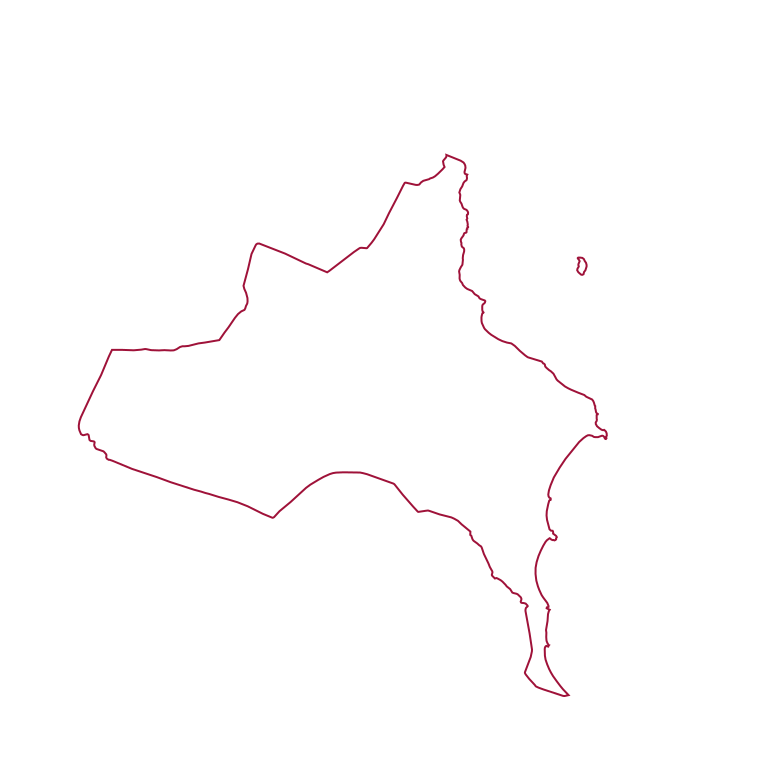 Tuy Phong, Bình Thuận, Vietnam (Mercator projection), rotated 289°
{"feature_id": "81297802B73162737965460", "entity_name": "Tuy Phong", "entity_type": "district", "adm_level": 2, "iso_a3": "VNM", "parent_name": "Vietnam", "parent_adm1": "Bình Thuận", "projection": "mercator", "projection_center": [108.691, 11.341], "detail": "fine", "context": "isolated", "style": "outline", "palette": "rose", "viewbox_px": 768, "rotation_deg": 289, "n_neighbors": 0, "source": "geoboundaries", "source_scale": "gbopen_adm2", "svg_char_len": 6167}
<svg xmlns="http://www.w3.org/2000/svg" viewBox="0 0 768 768"><g transform="rotate(289 384 384)"><path d="M149.9,659.8L153.6,652.7L155.8,649.1L159.1,644.2L162.8,639.0L165.5,635.8L168.3,632.9L172.0,629.6L176.0,626.5L179.5,624.6L185.6,622.3L186.9,622.0L188.2,622.1L189.1,622.6L189.3,622.9L189.1,623.6L189.2,624.8L190.2,624.8L190.7,625.0L190.7,624.7L192.1,623.0L193.8,621.5L194.9,620.9L197.5,619.8L201.7,618.5L204.1,617.3L213.1,615.8L219.8,614.0L222.9,613.8L224.5,614.2L224.9,610.8L225.8,610.7L226.8,612.1L227.7,611.8L230.1,609.7L234.0,604.0L235.8,601.7L239.9,597.8L242.8,595.4L247.6,592.1L249.4,591.2L253.8,589.1L259.5,587.2L265.3,586.3L271.7,586.1L277.4,586.5L282.8,587.2L287.2,588.1L289.3,588.9L292.1,590.8L292.1,591.1L291.4,592.8L291.3,594.2L291.7,595.1L291.6,596.0L292.2,596.8L293.1,597.3L294.1,596.9L295.2,597.3L295.9,596.9L296.5,596.0L297.6,592.6L298.9,592.2L299.6,591.8L300.1,591.2L299.7,589.6L300.5,587.8L308.6,582.4L312.6,580.5L316.8,579.3L323.8,578.4L327.4,578.2L328.3,578.6L328.5,579.2L329.3,579.2L330.1,578.8L330.4,577.3L331.3,576.2L333.0,575.3L337.1,574.6L342.6,574.5L350.9,575.0L362.1,577.3L372.3,580.0L392.7,587.4L397.8,590.2L400.7,592.3L401.9,593.5L402.5,594.9L402.8,597.6L402.3,599.7L402.4,600.5L403.4,603.6L405.9,606.7L406.2,607.3L406.2,608.2L405.8,609.2L404.4,610.6L404.1,611.3L404.2,611.7L405.1,612.0L406.5,611.1L407.6,611.5L409.8,610.6L411.3,609.3L412.2,607.4L412.3,607.0L411.8,606.5L411.6,605.8L411.6,604.5L412.4,601.8L413.4,599.2L415.1,597.3L416.6,596.7L418.3,597.1L419.6,596.9L420.4,596.4L423.8,595.2L424.4,595.2L424.9,596.0L425.3,595.9L425.4,594.9L426.5,593.6L428.9,592.3L429.5,591.7L431.9,590.9L432.1,590.4L434.8,588.5L436.1,587.3L437.1,585.8L437.8,579.4L438.8,577.0L439.0,570.6L439.5,563.0L439.9,559.6L440.6,555.9L443.7,547.2L444.5,545.7L448.9,540.9L450.4,537.5L450.8,535.8L452.1,532.5L453.0,530.8L454.8,529.7L455.3,528.7L455.3,527.8L456.6,525.9L456.1,511.5L456.3,510.5L457.1,507.9L459.5,501.8L462.6,495.3L463.7,491.6L463.8,491.0L463.2,486.8L463.1,481.9L463.6,477.4L465.4,469.5L466.5,466.3L468.7,461.6L469.7,460.3L473.5,456.7L475.3,455.7L478.6,454.5L480.2,454.2L482.8,454.0L483.1,454.1L483.5,454.7L484.1,454.8L484.7,453.7L486.0,452.8L489.1,451.7L490.5,451.4L491.6,451.7L493.0,452.6L493.9,452.9L495.3,452.8L495.8,452.1L495.8,448.1L496.1,446.5L497.6,444.7L498.5,440.5L500.6,437.1L501.0,431.7L501.7,429.4L503.3,426.4L504.9,425.0L506.2,422.8L507.1,421.9L508.4,421.1L511.9,420.0L514.8,418.4L516.2,418.2L519.5,418.6L522.3,419.3L527.1,418.2L528.6,417.5L531.6,416.8L535.4,416.6L536.5,416.3L537.5,415.9L538.3,415.3L539.1,413.2L539.5,412.7L541.1,411.7L542.6,411.3L543.5,410.5L545.3,409.6L546.8,409.7L550.3,410.8L551.7,410.7L552.8,410.9L553.9,412.4L554.3,412.6L557.3,411.8L557.8,411.9L557.9,412.2L558.6,411.9L559.3,411.9L559.6,412.5L559.8,412.5L561.0,411.4L562.1,411.3L564.7,409.9L566.2,408.6L567.5,408.9L569.5,407.7L570.7,407.4L571.1,407.4L571.6,408.0L572.1,408.1L573.7,407.6L574.7,406.6L575.5,405.3L575.7,402.6L576.2,401.6L577.1,400.6L579.8,398.5L581.1,396.8L582.2,395.9L587.2,394.7L587.9,394.4L589.6,392.9L593.1,392.8L596.3,393.6L599.9,393.7L601.8,394.3L603.5,395.6L605.0,395.6L605.8,395.4L607.8,394.4L609.1,394.6L609.1,392.3L609.4,391.8L610.6,391.1L614.9,390.7L617.0,389.7L618.2,388.6L619.3,387.1L620.1,383.8L620.9,368.4L620.1,368.8L618.6,368.9L614.6,367.4L613.8,367.3L610.7,369.0L608.9,370.6L606.2,369.5L600.4,366.6L597.0,364.6L595.1,363.0L593.3,360.6L592.4,360.0L588.9,355.0L586.7,353.4L584.3,352.5L583.9,352.2L583.1,350.8L582.6,349.2L581.5,339.2L581.2,338.4L580.8,338.1L577.8,337.5L564.3,335.7L547.1,333.1L535.0,331.7L517.7,327.6L513.6,326.3L507.1,323.8L506.7,323.3L505.5,318.5L504.9,317.1L504.0,316.3L499.0,312.6L473.2,295.5L471.1,293.9L472.6,273.4L472.5,271.0L475.1,248.0L476.2,220.3L475.5,218.6L474.5,217.8L473.5,217.5L463.8,216.4L448.4,218.0L431.1,219.2L428.4,221.0L425.3,223.9L420.8,226.9L417.7,228.1L415.6,228.5L412.9,228.1L410.2,228.2L408.6,227.9L406.2,225.4L402.6,223.2L397.9,221.5L386.9,218.5L380.8,216.5L371.9,214.0L364.8,201.0L362.0,195.4L356.4,186.8L354.8,183.3L354.1,181.2L352.6,179.1L349.4,176.6L347.4,174.3L346.3,171.5L344.5,165.3L342.5,160.3L340.2,152.8L339.6,148.0L339.3,146.7L337.4,143.2L334.4,136.4L331.2,125.9L327.7,115.7L320.6,114.9L300.4,113.6L282.5,111.2L253.9,108.2L249.5,108.2L245.4,108.9L243.1,109.8L241.0,111.1L237.9,113.9L237.6,115.7L237.8,116.6L240.0,119.9L239.8,121.0L239.3,121.5L235.3,123.7L235.0,124.2L234.7,125.2L235.2,128.0L235.2,128.7L234.9,129.2L234.6,129.4L232.1,129.8L231.1,130.4L229.3,132.4L229.0,133.5L229.0,140.7L228.4,142.0L227.0,144.3L226.1,144.8L224.2,145.2L223.2,146.2L222.7,148.3L223.0,149.3L223.0,152.2L221.7,173.4L222.0,199.6L221.7,214.1L222.2,238.9L222.7,246.0L222.8,250.6L223.1,254.3L223.4,264.4L224.1,274.4L224.5,283.9L224.0,294.9L221.8,311.8L221.2,322.0L221.4,322.5L222.3,323.4L229.7,326.6L242.0,334.1L260.4,344.1L264.8,347.1L272.0,353.1L276.5,357.1L281.2,362.1L283.1,364.7L284.6,367.5L287.3,374.4L292.5,390.2L292.9,393.4L293.2,397.4L292.9,425.4L292.6,426.5L285.4,437.8L277.6,451.4L274.3,457.5L274.3,458.2L277.9,465.1L278.7,466.8L278.8,468.4L278.8,479.0L279.8,491.1L279.5,494.2L278.7,498.5L276.6,503.0L272.6,513.7L269.4,514.7L268.9,516.0L266.4,517.9L265.6,518.7L264.9,519.8L263.6,524.1L262.6,526.4L262.0,528.7L261.1,529.7L255.8,533.8L248.3,541.2L245.5,543.6L242.1,547.4L241.1,547.9L238.6,548.1L238.0,548.6L236.2,552.2L237.1,553.4L237.1,554.5L236.5,558.1L235.7,560.4L233.6,564.5L232.6,565.9L231.1,570.1L228.6,573.2L228.5,574.4L228.8,577.6L228.7,578.8L226.9,582.7L225.9,583.7L224.8,584.1L222.7,584.1L222.0,584.7L221.9,585.5L222.4,587.6L222.5,589.4L221.2,591.9L220.6,592.2L218.7,591.2L218.1,591.1L216.5,591.3L215.4,591.7L195.5,602.9L181.1,610.4L179.3,610.9L173.6,611.6L157.4,611.1L156.7,611.3L155.6,612.4L152.5,617.2L148.4,624.8L147.9,625.4L147.5,626.2L147.2,629.0L147.1,634.3L147.4,654.9L147.8,656.4L149.9,659.8ZM567.4,528.4L566.8,526.6L566.5,526.3L566.1,526.2L565.8,526.4L564.5,528.4L563.8,529.0L560.6,528.8L559.6,529.1L558.9,529.7L558.4,529.9L556.1,529.4L554.5,529.6L553.0,531.3L552.5,532.5L551.6,534.7L551.7,535.8L552.7,536.9L555.0,536.7L557.1,537.4L561.0,537.3L562.5,536.8L564.3,535.6L565.8,533.6L567.2,532.3L567.8,530.5L567.4,528.4Z" fill="none" stroke="#9f1239" stroke-width="2"/></g></svg>